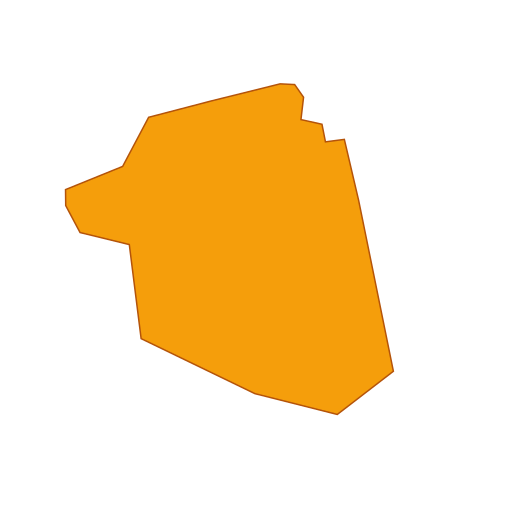 the district of Água Nova, Rio Grande do Norte, Brazil, rotated 232°
{"feature_id": "56859067B45321497096345", "entity_name": "Água Nova", "entity_type": "district", "adm_level": 2, "iso_a3": "BRA", "parent_name": "Brazil", "parent_adm1": "Rio Grande do Norte", "projection": "natural_earth1", "projection_center": [-38.295, -6.209], "detail": "fine", "context": "isolated", "style": "filled", "palette": "amber", "viewbox_px": 512, "rotation_deg": 232, "n_neighbors": 0, "source": "geoboundaries", "source_scale": "gbopen_adm2", "svg_char_len": 409}
<svg xmlns="http://www.w3.org/2000/svg" viewBox="0 0 512 512"><g transform="rotate(232 256 256)"><path d="M382.8,131.8L343.0,163.2L261.6,114.6L148.2,170.4L81.1,222.5L80.6,293.3L236.6,371.1L293.5,397.4L303.2,381.0L319.2,389.1L335.8,375.4L351.8,391.2L367.3,392.0L376.8,381.0L406.0,315.6L431.4,256.8L408.7,206.1L425.6,146.8L412.9,137.1L382.8,131.8Z" fill="#f59e0b" stroke="#b45309" stroke-width="1.5"/></g></svg>